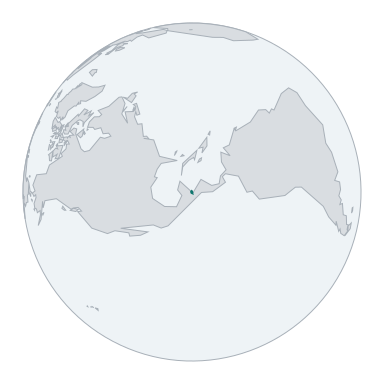 Toledo on an orthographic globe, rotated 295°
{"feature_id": "BLZ-1356", "entity_name": "Toledo", "entity_type": "District", "adm_level": 1, "iso_a3": "BLZ", "parent_name": "Belize", "parent_adm1": "", "projection": "orthographic", "projection_center": [-88.761, 16.286], "detail": "fine", "context": "on_globe", "style": "filled", "palette": "teal", "viewbox_px": 384, "rotation_deg": 295, "n_neighbors": 0, "source": "natural_earth", "source_scale": "10m", "svg_char_len": 8816}
<svg xmlns="http://www.w3.org/2000/svg" viewBox="0 0 384 384"><g transform="rotate(295 192 192)"><circle cx="192" cy="192" r="169" fill="#eef3f6" stroke="#a8b0b8"/><path d="M222.7,214.6L218.7,213.0L215.0,218.2L201.0,210.6L195.6,200.8L151.2,184.6L146.3,179.3L145.8,170.9L129.0,142.7L137.2,168.9L131.0,163.6L125.7,154.2L128.3,152.0L124.3,138.5L118.6,133.0L116.9,116.4L125.9,96.7L128.0,100.0L129.9,95.3L127.4,91.2L125.3,89.6L128.6,71.9L122.0,62.4L114.8,63.8L120.4,60.5L103.4,66.8L96.6,66.8L107.4,64.2L111.0,62.2L107.9,60.6L110.9,58.2L111.1,56.2L114.9,53.7L121.0,53.0L123.5,51.5L121.2,50.6L123.6,47.8L126.6,49.3L131.0,44.9L142.0,44.0L147.0,52.2L156.2,51.4L169.6,59.4L171.6,57.2L177.9,59.6L182.4,58.1L183.6,60.5L186.2,57.4L184.3,55.5L184.8,53.6L187.3,52.7L189.2,55.5L188.3,56.3L190.2,56.7L190.1,58.5L191.5,57.1L193.6,60.8L195.3,56.0L200.1,58.0L200.4,60.9L195.5,62.0L184.2,73.2L183.0,77.4L186.3,81.5L202.9,85.8L203.7,90.1L208.3,94.9L210.1,91.6L207.2,86.8L211.7,82.2L207.6,77.4L208.8,75.1L206.5,70.0L212.1,69.4L218.8,71.7L221.0,76.1L224.1,77.4L226.2,72.5L234.5,80.4L247.0,85.8L248.6,88.3L243.9,93.9L233.1,95.4L227.1,104.6L236.4,97.5L240.1,104.7L242.9,105.7L245.8,104.9L246.5,101.8L248.9,104.3L240.6,111.8L238.3,109.6L241.0,107.1L235.9,108.1L230.4,114.1L232.7,117.8L221.8,124.4L223.4,127.3L221.9,130.7L220.2,125.5L223.0,135.3L210.6,147.5L214.3,165.3L204.9,152.0L198.0,150.8L189.9,151.5L190.3,154.4L179.0,152.6L169.5,159.0L167.3,173.3L172.1,184.2L184.6,184.3L187.8,178.1L196.7,176.5L191.5,193.2L207.2,194.8L206.3,207.1L211.0,213.1L218.6,211.0L226.5,213.5L231.7,206.0L240.3,201.3L241.0,211.2L245.3,201.7L250.4,205.9L267.1,203.4L265.9,205.8L280.1,215.3L294.4,217.6L297.8,224.0L296.2,228.7L300.9,228.9L301.0,231.7L318.9,231.3L327.2,235.5L326.4,245.1L318.2,258.3L308.1,282.1L292.8,292.6L287.0,301.7L271.9,315.7L262.8,316.4L263.5,321.5L257.0,325.6L250.6,326.7L247.9,330.6L243.1,331.3L245.2,333.2L235.3,338.7L235.7,341.9L227.9,345.8L228.3,347.5L226.2,347.7L223.4,348.5L222.4,349.6L216.7,348.4L217.4,344.3L221.1,341.8L218.3,341.6L226.5,335.0L222.7,336.5L227.2,326.4L234.5,317.1L242.7,289.1L240.0,283.6L228.1,277.7L214.0,256.0L218.4,246.3L215.0,241.9L226.0,227.4L222.7,214.6ZM45.0,157.0L46.0,153.1L46.5,156.0L45.0,157.0ZM45.9,150.5L45.7,151.9L45.7,150.7L45.9,150.5ZM45.5,149.5L45.8,150.2L45.3,149.8L45.5,149.5ZM44.7,148.6L45.2,148.9L45.1,149.0L44.7,148.6ZM214.0,171.5L231.9,178.8L222.3,180.7L224.0,178.9L219.4,175.7L210.9,173.0L202.4,175.4L214.0,171.5ZM44.0,146.1L43.9,145.3L44.5,145.2L44.0,146.1ZM220.7,161.0L217.6,160.6L220.5,160.3L220.7,161.0ZM123.9,89.5L127.1,91.4L128.2,96.3L125.2,94.9L123.9,89.5ZM122.2,81.0L124.5,80.9L122.1,85.3L121.5,84.0L122.2,81.0ZM109.0,65.7L111.0,66.5L108.1,66.6L109.0,65.7ZM110.4,56.5L108.9,57.1L109.7,55.9L110.4,56.5ZM203.6,70.8L205.0,70.4L204.7,71.5L203.6,70.8ZM201.2,69.0L199.8,70.6L198.5,70.0L199.4,69.1L201.2,69.0ZM116.2,51.0L117.9,49.1L117.2,50.8L116.2,51.0ZM203.3,67.3L196.3,68.9L194.0,67.9L195.5,63.6L203.3,67.3ZM119.6,47.9L123.6,43.7L120.6,44.6L131.4,40.3L124.4,44.9L124.0,46.8L122.2,46.6L119.6,47.9ZM182.6,55.3L184.8,57.3L180.6,56.6L182.6,55.3ZM179.8,55.4L166.3,56.8L164.3,53.9L169.2,53.8L164.8,51.0L170.4,48.8L174.1,49.9L174.3,52.1L176.3,49.7L179.8,55.4ZM136.7,38.8L138.6,37.9L137.8,38.7L136.7,38.8ZM184.6,52.8L182.1,53.2L180.2,50.6L184.9,49.4L184.0,50.6L184.6,52.8ZM160.8,51.5L160.2,49.6L164.6,47.2L165.0,46.2L170.4,48.6L160.8,51.5ZM185.7,50.7L187.4,48.9L190.6,49.4L187.0,52.3L185.7,50.7ZM177.7,50.6L177.0,49.3L178.9,49.6L177.7,50.6ZM202.8,50.7L199.8,50.9L198.5,49.5L202.8,50.7ZM187.8,48.2L186.7,48.0L185.8,47.6L187.6,46.6L187.8,48.2ZM173.1,46.9L175.1,46.4L171.1,45.8L174.3,44.2L177.3,46.2L177.3,44.7L178.3,44.2L179.7,46.4L173.1,46.9ZM186.8,44.3L191.7,46.7L197.5,46.4L198.8,47.6L189.2,47.8L186.8,44.3ZM182.5,45.3L185.4,44.9L185.5,46.3L183.6,47.5L182.5,45.3ZM175.3,42.6L169.7,44.4L169.3,44.0L175.3,42.6ZM188.5,43.9L187.2,43.4L188.9,43.7L188.5,43.9ZM179.4,42.6L177.4,43.2L177.0,42.7L179.4,42.6ZM186.4,41.9L188.0,42.6L186.7,43.3L186.4,41.9ZM183.2,41.9L183.0,41.1L185.3,43.2L182.4,42.3L183.2,41.9ZM179.2,41.9L178.3,41.8L180.1,41.8L179.2,41.9ZM190.4,38.9L193.6,41.4L190.8,42.9L188.0,40.2L190.4,38.9ZM225.6,350.9L216.9,349.0L222.1,349.8L227.3,347.9L231.3,349.4L225.6,350.9ZM240.3,345.5L245.4,343.9L246.1,344.3L242.8,345.5L240.3,345.5ZM310.2,71.3L307.4,69.0L311.0,72.5L313.8,74.9L317.5,78.9L317.4,78.8L311.7,74.1L315.4,80.1L327.3,97.4L327.9,101.2L325.1,101.4L313.4,87.7L313.4,80.9L309.2,76.7L303.0,73.4L303.5,71.8L300.9,69.9L300.3,67.5L293.3,60.6L291.7,58.2L283.0,52.5L281.0,50.8L286.7,54.5L289.9,56.1L285.3,51.4L282.6,49.6L277.3,46.5L276.7,45.9L272.2,43.6L266.6,40.4L269.6,42.6L263.5,39.8L256.9,36.7L255.4,36.4L266.1,41.6L269.9,43.5L272.3,44.3L283.2,50.7L286.0,53.1L276.7,48.5L279.8,51.7L271.2,47.4L247.5,34.7L240.6,31.6L241.8,30.6L246.8,32.2L248.9,33.2L252.4,34.2L249.5,33.2L249.1,33.0L260.3,37.5L271.2,42.8L281.7,48.8L291.8,55.6L301.3,63.1L310.2,71.3ZM247.1,32.3L243.0,30.9L242.7,30.8L247.1,32.3ZM241.3,30.4L237.7,29.4L236.3,28.9L237.5,29.3L241.3,30.4ZM211.3,24.1L209.9,24.0L209.3,23.9L211.3,24.1ZM200.9,23.3L183.8,23.7L175.9,24.1L177.6,23.7L164.1,25.6L156.2,26.9L157.4,26.8L151.7,28.3L154.1,27.8L154.3,27.9L140.7,32.9L136.3,34.4L131.9,37.4L132.5,37.5L135.5,36.5L131.4,40.3L120.6,44.6L119.7,44.1L113.5,47.6L112.5,46.3L108.8,47.2L111.2,44.5L108.0,45.9L106.0,47.2L100.1,50.5L97.1,52.2L105.2,47.0L108.3,45.2L117.4,41.8L114.5,42.4L117.9,40.7L118.5,40.2L116.2,41.0L114.2,42.0L116.7,40.7L128.0,35.6L139.7,31.3L151.6,27.9L163.8,25.4L176.1,23.8L188.5,23.1L200.9,23.3ZM359.9,172.8L359.9,173.1L358.3,187.2L355.5,183.2L346.6,165.6L345.3,155.0L340.9,145.3L328.0,102.0L329.9,100.9L324.9,88.2L325.1,88.1L330.7,95.6L330.9,95.9L337.3,105.8L343.0,116.3L348.0,127.0L352.1,138.1L355.5,149.5L358.1,161.1L359.9,172.8ZM337.8,120.9L339.4,123.9L337.8,120.9ZM267.6,203.2L269.6,204.8L267.0,205.2L267.6,203.2ZM221.3,184.8L225.0,184.8L227.0,186.2L224.2,186.9L221.3,184.8ZM251.1,182.2L255.1,182.6L251.1,183.9L251.1,182.2ZM234.6,179.7L247.9,182.3L240.1,186.1L231.6,184.5L237.3,183.1L234.6,179.7ZM219.6,166.9L222.0,167.5L221.5,169.4L219.6,166.9ZM222.8,160.9L221.9,161.1L220.6,159.7L222.8,160.9ZM240.5,104.3L241.3,103.8L244.4,103.6L243.3,105.0L240.5,104.3ZM256.2,96.2L259.7,100.5L256.4,98.2L255.5,100.7L247.5,99.4L248.9,89.5L249.7,94.0L256.2,96.2ZM237.2,95.6L242.1,97.1L236.7,95.8L237.2,95.6ZM287.5,63.1L289.3,63.2L292.5,65.8L294.4,70.2L289.8,66.3L287.5,63.1ZM291.1,62.9L281.3,57.8L279.7,55.3L282.3,57.5L282.2,56.4L286.3,59.6L294.3,62.7L297.7,65.3L299.4,71.2L297.0,67.6L295.4,67.5L291.1,62.9ZM259.2,53.7L254.9,52.7L257.0,48.5L260.7,50.0L262.9,54.1L259.8,54.7L259.2,53.7ZM207.2,59.9L205.4,60.7L204.9,59.8L205.9,58.4L207.2,59.9ZM201.5,50.9L214.3,56.0L212.9,57.0L222.0,59.5L222.0,63.2L216.1,61.4L222.9,66.4L217.5,66.2L222.5,69.5L209.4,65.1L204.9,65.6L209.9,63.5L210.1,60.0L208.8,58.6L201.8,55.3L192.1,55.1L190.7,52.0L192.3,49.9L194.4,49.5L194.6,51.5L197.3,49.5L199.3,52.2L201.5,50.9ZM211.8,33.4L211.2,34.8L216.9,33.4L218.9,35.1L219.4,34.9L222.8,36.2L227.8,37.6L228.0,38.5L229.9,38.7L232.2,39.8L234.8,40.4L236.1,42.4L239.4,43.4L238.1,43.8L243.5,45.1L240.0,45.1L242.7,46.8L244.6,45.9L244.9,57.4L247.7,63.0L252.0,68.0L245.4,67.9L237.3,63.5L229.4,57.6L227.6,52.5L225.0,53.7L223.4,51.7L226.1,51.6L220.9,50.6L220.3,49.0L213.2,45.2L206.1,45.3L203.3,44.1L205.8,43.3L201.3,42.8L204.2,40.6L202.3,39.8L203.2,37.2L209.1,36.5L206.5,35.7L207.1,33.9L211.8,33.4ZM190.8,38.1L197.5,36.3L201.8,36.6L198.4,41.2L199.8,42.2L197.8,45.7L191.5,45.4L192.6,44.4L192.3,43.4L194.4,43.8L192.5,42.7L194.0,41.4L192.9,40.2L195.4,39.9L190.8,38.1ZM323.1,85.5L322.3,84.5L321.9,84.0L321.4,83.3L323.1,85.5ZM318.7,81.4L317.9,80.2L321.6,84.2L322.0,85.0L318.7,81.4ZM314.3,76.5L317.5,79.8L316.0,78.5L314.3,76.5ZM285.7,53.4L284.4,52.3L285.5,52.9L287.7,54.3L285.7,53.4ZM229.1,31.1L228.0,31.5L226.9,31.2L222.0,31.1L220.1,30.0L222.4,29.7L229.1,31.1ZM226.2,30.0L224.4,30.0L224.6,29.5L226.2,30.0ZM218.5,29.3L218.2,28.6L219.3,29.9L218.5,29.3ZM207.7,24.1L216.7,25.1L221.9,25.8L223.0,25.9L225.4,26.5L217.3,25.4L207.7,24.1ZM187.0,23.6L186.1,24.0L183.9,24.0L183.8,23.9L187.0,23.6ZM188.3,23.8L192.0,24.2L189.9,24.5L187.3,24.1L188.3,23.8ZM209.4,26.1L212.2,26.3L212.0,26.7L209.4,26.1ZM137.3,37.9L138.4,37.9L136.5,38.5L137.3,37.9ZM155.7,27.6L155.6,27.9L153.4,28.4L155.7,27.6ZM154.0,29.0L156.6,28.2L154.5,29.1L154.0,29.0ZM162.4,26.7L158.0,28.0L161.2,26.7L162.4,26.7Z" fill="#d9dde1" stroke="#a8b0b8" stroke-width="1"/><path d="M190.7,193.2L190.7,192.3L190.8,191.7L191.0,191.5L191.1,191.4L191.3,191.3L191.5,191.3L191.5,191.2L191.8,191.1L191.8,190.9L192.0,190.8L192.3,190.8L192.5,190.9L192.5,191.0L192.6,191.3L192.8,191.3L193.0,191.3L192.9,191.6L192.8,191.8L192.7,191.8L192.6,192.0L192.4,192.1L192.2,192.1L192.1,192.3L192.0,192.5L191.9,192.5L191.7,192.7L191.7,192.8L191.5,193.0L191.2,193.1L190.8,193.1L190.7,193.2L190.7,193.2Z" fill="#14b8a6" stroke="#0f766e" stroke-width="1.5"/></g></svg>